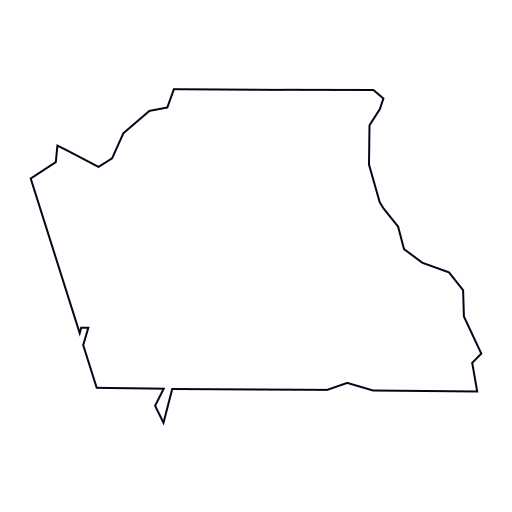 outline of Coweta, Georgia, United States of America
{"feature_id": "52423323B16725270488518", "entity_name": "Coweta", "entity_type": "district", "adm_level": 2, "iso_a3": "USA", "parent_name": "United States of America", "parent_adm1": "Georgia", "projection": "albers", "projection_center": [-84.751, 33.351], "detail": "fine", "context": "isolated", "style": "outline", "palette": "ink", "viewbox_px": 512, "rotation_deg": 0, "n_neighbors": 0, "source": "geoboundaries", "source_scale": "gbopen_adm2", "svg_char_len": 628}
<svg xmlns="http://www.w3.org/2000/svg" viewBox="0 0 512 512"><path d="M481.3,353.6L463.9,316.5L463.1,290.2L449.0,272.4L422.4,262.8L404.0,249.1L398.1,226.6L383.4,208.3L379.7,202.2L369.0,164.6L369.5,125.3L379.9,109.0L383.4,98.5L373.4,90.0L286.6,89.8L278.3,89.9L173.9,89.2L167.3,107.5L149.4,110.9L123.4,133.2L112.1,158.3L98.5,166.9L66.8,150.3L57.4,145.6L55.8,162.1L30.7,178.5L79.7,333.2L81.2,327.7L88.3,327.8L83.2,345.1L96.7,387.8L102.6,387.9L163.7,388.7L155.1,405.8L163.5,422.8L172.2,389.0L221.9,389.3L327.1,389.9L347.2,382.9L373.1,390.5L477.2,391.5L472.2,362.8L481.3,353.6Z" fill="none" stroke="#020617" stroke-width="2"/></svg>